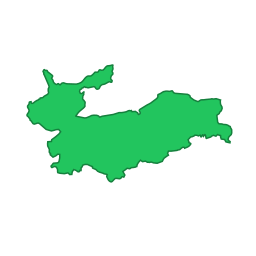 an SVG outline of Arunachal Pradesh, rotated 192°
{"feature_id": "IND-3299", "entity_name": "Arunachal Pradesh", "entity_type": "State", "adm_level": 1, "iso_a3": "IND", "parent_name": "India", "parent_adm1": "", "projection": "natural_earth1", "projection_center": [94.95, 28.008], "detail": "fine", "context": "isolated", "style": "filled", "palette": "green", "viewbox_px": 256, "rotation_deg": 192, "n_neighbors": 0, "source": "natural_earth", "source_scale": "10m", "svg_char_len": 5901}
<svg xmlns="http://www.w3.org/2000/svg" viewBox="0 0 256 256"><g transform="rotate(192 128 128)"><path d="M192.8,85.8L195.3,83.9L198.5,85.7L198.3,86.3L198.4,86.8L198.6,87.1L199.1,87.1L199.8,87.7L200.1,88.5L200.4,90.4L200.9,91.3L202.8,93.7L203.4,95.9L203.6,97.9L200.1,98.9L200.2,100.7L196.9,104.4L194.3,107.8L193.1,110.3L195.5,112.2L198.1,111.4L200.0,110.3L202.3,109.2L207.8,109.6L215.5,113.9L216.6,114.2L217.8,113.9L219.0,113.1L220.6,112.3L221.9,112.6L224.3,114.9L225.3,115.2L225.7,116.2L226.0,116.6L228.0,118.3L229.3,119.0L229.5,120.2L228.5,122.8L228.3,124.3L228.8,125.4L230.5,127.4L230.8,128.6L230.0,130.4L229.8,131.1L229.9,132.6L229.8,132.9L229.1,133.3L228.3,133.6L228.2,133.3L228.1,132.8L227.7,132.2L227.2,132.1L226.5,132.3L225.8,132.7L224.4,134.5L222.6,136.2L221.7,136.7L221.4,137.3L221.2,137.6L220.5,137.8L220.3,138.1L220.1,139.1L218.1,139.8L217.6,140.1L216.5,141.7L213.9,144.0L213.4,144.7L213.1,145.5L213.1,146.4L213.7,147.5L214.1,149.5L214.1,150.1L213.7,151.4L213.8,152.2L214.7,153.7L220.5,161.9L221.7,163.4L221.8,164.6L222.7,165.3L222.9,165.8L222.3,167.5L221.9,167.7L220.8,167.1L219.4,167.5L219.0,167.3L218.2,166.3L213.3,163.9L212.5,163.2L212.5,162.5L213.1,160.9L212.9,160.6L211.7,159.5L211.3,159.0L210.6,157.6L210.1,157.1L209.5,156.6L208.3,156.0L207.6,155.8L206.9,155.7L206.5,155.9L206.0,156.6L205.6,156.8L205.1,156.9L204.3,156.3L203.4,156.1L203.0,156.4L202.7,157.2L202.0,158.1L201.4,158.4L200.7,158.7L200.0,158.8L199.4,158.6L197.0,158.5L187.6,160.2L185.2,161.4L183.0,163.1L181.7,165.1L180.4,167.8L179.6,169.0L178.6,170.1L177.7,170.6L175.6,171.0L174.7,171.5L173.2,173.5L171.9,175.7L171.4,175.9L169.8,176.1L169.2,176.4L168.8,176.9L168.1,178.8L167.5,179.1L165.9,179.0L164.5,179.4L163.5,180.8L162.7,182.6L161.7,184.0L161.0,184.5L158.3,185.4L157.0,186.1L156.3,186.4L155.8,186.3L155.8,185.0L155.1,183.1L155.0,182.3L155.4,180.2L155.3,179.9L155.1,179.6L154.4,178.9L154.2,178.5L154.1,178.0L154.1,177.3L154.2,177.0L154.9,176.3L155.2,175.6L155.4,173.6L155.1,172.4L154.5,171.8L153.8,171.4L153.4,171.1L153.3,169.8L153.6,169.4L154.1,169.2L155.5,169.4L156.3,169.2L159.7,166.3L160.8,165.7L162.1,165.2L163.0,164.4L163.5,163.7L163.9,162.9L164.2,161.4L164.6,160.5L165.2,160.0L166.0,159.6L166.4,159.5L166.9,159.6L167.5,159.9L169.1,161.3L169.9,161.4L175.4,159.0L177.1,159.1L178.0,158.9L179.1,159.4L179.5,159.1L180.0,158.2L181.1,157.7L181.6,156.5L182.7,155.7L182.9,155.4L183.0,153.9L182.9,153.5L182.0,152.2L181.8,152.0L181.2,151.9L180.4,152.1L180.1,152.3L179.0,153.9L178.7,154.1L178.5,153.7L178.6,152.4L178.5,152.0L178.3,151.9L178.3,151.4L178.8,149.9L178.5,147.4L178.3,146.8L178.0,146.5L176.8,145.8L176.4,145.3L175.6,144.7L175.4,144.3L175.2,143.9L175.0,141.4L174.6,140.5L175.0,139.4L175.9,138.0L179.0,134.1L180.3,131.8L180.8,130.6L181.5,129.2L181.5,128.8L181.2,128.7L172.4,128.8L170.9,129.3L167.9,131.3L166.3,132.6L164.5,133.3L161.5,133.9L160.0,133.8L159.1,133.5L158.1,132.8L157.8,132.8L157.5,133.0L155.8,134.1L145.2,138.2L139.9,141.2L137.2,141.8L135.1,142.6L133.1,143.5L131.3,144.9L130.2,145.4L129.3,145.3L128.4,145.8L127.5,144.8L124.1,145.8L123.0,145.2L121.8,144.9L121.6,144.7L121.0,143.8L120.5,143.4L120.2,143.5L119.3,144.4L119.1,145.0L119.3,145.7L119.7,146.2L120.4,147.0L120.7,147.7L120.2,148.7L113.9,154.7L112.6,155.7L110.9,157.2L106.1,162.7L105.7,163.4L105.4,164.1L105.3,165.2L105.7,166.4L105.6,166.7L105.4,167.1L104.3,167.8L103.0,168.9L101.5,170.4L100.7,171.0L98.4,172.0L97.4,172.2L95.4,172.4L94.6,172.6L93.0,173.4L92.3,173.5L90.9,172.2L90.2,171.9L89.3,171.7L76.7,173.3L75.6,173.0L74.7,172.7L74.0,172.2L73.8,171.8L73.7,171.2L72.5,170.5L69.4,169.1L66.8,168.6L65.3,168.4L64.6,168.6L63.2,170.0L62.7,170.5L62.0,170.8L59.9,171.3L57.3,172.2L53.4,173.4L52.1,174.0L50.3,174.1L47.9,175.0L43.3,174.6L43.4,173.9L42.8,171.5L42.2,170.1L40.5,168.2L40.0,166.8L40.1,166.0L40.3,164.5L40.6,163.8L41.5,162.7L41.8,161.1L42.3,160.5L43.4,159.4L43.7,158.7L41.4,152.1L39.7,151.0L37.0,151.5L35.5,151.3L32.8,151.7L30.9,151.5L30.1,151.1L28.4,150.7L27.9,150.0L27.6,149.3L26.6,148.4L26.2,147.8L25.5,144.7L25.7,143.0L27.4,140.5L27.7,139.2L27.8,137.7L26.7,136.5L25.3,136.0L25.2,134.7L27.5,134.7L29.4,134.8L31.1,136.8L34.5,136.6L35.6,138.5L35.9,139.9L37.4,139.9L39.0,140.2L40.3,138.3L43.0,138.6L44.4,137.5L45.2,136.4L49.2,134.1L49.5,134.3L50.4,136.4L50.9,137.2L51.4,137.5L51.9,136.8L52.4,135.5L52.5,135.6L52.7,136.3L53.1,136.8L53.7,136.8L54.2,135.1L54.6,134.5L55.0,134.6L55.5,135.7L55.8,136.0L56.2,135.9L57.5,134.9L59.1,135.2L61.1,134.9L61.7,134.0L63.3,132.9L64.9,132.2L66.8,129.0L65.6,127.3L65.6,126.7L65.2,126.3L63.9,126.1L63.4,125.9L63.3,125.3L64.0,123.8L64.8,122.7L65.9,121.7L68.4,120.0L68.8,120.7L69.8,120.7L70.4,120.5L70.9,120.1L71.4,119.6L72.8,117.7L73.5,117.3L74.8,116.8L75.3,116.3L80.8,114.4L83.6,113.8L84.0,111.4L82.8,109.8L84.0,108.7L86.4,106.0L87.0,104.5L87.5,102.5L92.1,99.6L95.8,99.2L97.8,99.5L98.4,99.5L99.8,98.8L101.3,98.7L101.9,98.5L104.0,99.2L106.8,98.1L109.1,99.1L110.3,97.1L111.0,95.4L111.4,94.0L111.4,92.1L112.1,91.8L112.6,91.3L114.5,90.5L116.5,89.9L117.8,88.5L120.5,88.4L122.0,86.5L124.0,84.4L121.3,81.3L121.9,79.1L123.2,79.2L123.6,79.1L124.0,78.7L124.5,77.5L124.9,77.1L125.7,76.6L126.6,76.5L128.5,76.4L129.9,76.0L130.4,75.6L132.3,72.5L132.9,71.9L134.0,71.8L135.3,72.3L136.6,73.3L138.4,75.6L138.8,76.3L138.6,78.0L139.1,78.3L141.9,78.2L143.2,78.6L146.7,78.9L148.7,79.4L150.5,80.6L151.2,80.8L154.1,81.4L154.4,81.6L154.6,82.0L154.7,82.7L155.0,82.9L157.0,83.2L160.0,83.9L162.2,83.5L164.3,82.5L165.1,79.8L165.5,79.6L165.5,78.6L165.1,77.0L165.2,76.5L166.5,76.4L166.5,75.6L166.6,75.2L167.0,74.9L168.0,74.8L169.9,75.7L172.4,76.1L173.4,73.7L173.3,70.9L174.4,70.7L175.1,70.3L177.5,71.6L180.7,70.1L185.0,69.6L187.3,69.7L187.7,70.3L188.2,72.5L188.6,73.2L189.6,74.5L190.7,75.1L191.8,75.1L193.1,74.3L193.8,73.7L194.2,73.5L194.7,73.7L195.3,74.5L195.3,75.0L194.4,76.4L193.9,77.7L193.5,78.1L189.8,79.2L189.2,79.6L188.5,80.8L188.6,84.7L189.3,88.0L191.2,87.8L192.8,85.8Z" fill="#22c55e" stroke="#15803d" stroke-width="1.5"/></g></svg>